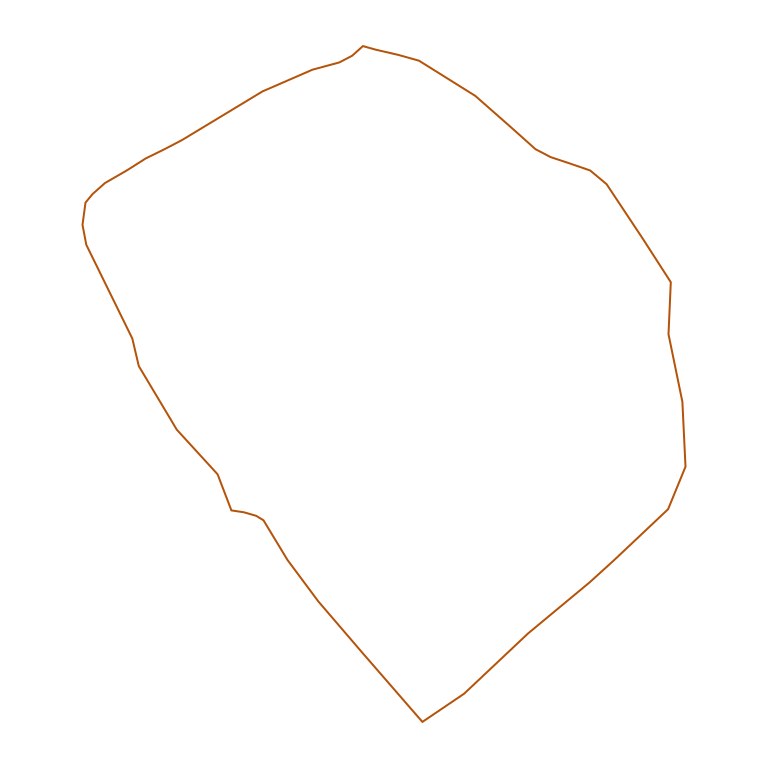 the district of La Esperanza, Quezaltenango, Guatemala
{"feature_id": "79465075B77884380500547", "entity_name": "La Esperanza", "entity_type": "district", "adm_level": 2, "iso_a3": "GTM", "parent_name": "Guatemala", "parent_adm1": "Quezaltenango", "projection": "orthographic", "projection_center": [-91.579, 14.877], "detail": "fine", "context": "isolated", "style": "outline", "palette": "amber", "viewbox_px": 768, "rotation_deg": 0, "n_neighbors": 0, "source": "geoboundaries", "source_scale": "gbopen_adm2", "svg_char_len": 678}
<svg xmlns="http://www.w3.org/2000/svg" viewBox="0 0 768 768"><path d="M670.8,282.2L643.1,239.2L606.6,184.2L590.2,170.5L568.4,163.0L550.6,157.1L535.5,149.2L511.0,127.3L475.3,95.9L419.0,60.7L398.7,55.0L376.2,49.8L362.9,46.1L352.2,55.7L339.4,62.4L312.4,69.7L262.5,91.4L182.1,140.0L164.5,149.2L145.6,158.5L127.0,170.3L105.0,183.0L92.5,194.1L85.5,202.6L82.5,224.9L86.3,244.8L132.3,338.5L138.8,366.1L176.8,429.7L217.6,474.3L231.4,510.4L244.0,512.3L256.1,515.8L263.5,520.3L287.5,560.0L318.3,601.4L362.3,652.7L422.4,721.9L464.1,693.7L528.1,633.4L589.8,582.2L613.7,560.5L668.1,509.2L685.5,466.7L682.4,401.9L668.5,334.2L670.8,282.2Z" fill="none" stroke="#b45309" stroke-width="2"/></svg>